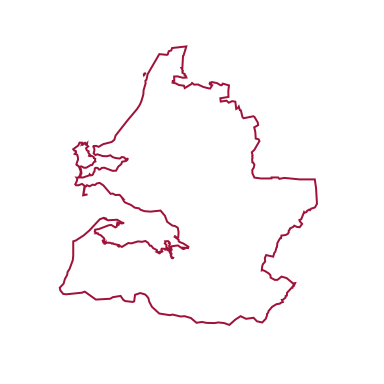 the district of Tralee Lea-7, Kerry, Ireland, rotated 18°
{"feature_id": "5873133B69138340953371", "entity_name": "Tralee Lea-7", "entity_type": "district", "adm_level": 2, "iso_a3": "IRL", "parent_name": "Ireland", "parent_adm1": "Kerry", "projection": "albers", "projection_center": [-9.78, 52.294], "detail": "fine", "context": "isolated", "style": "outline", "palette": "rose", "viewbox_px": 384, "rotation_deg": 18, "n_neighbors": 0, "source": "geoboundaries", "source_scale": "gbopen_adm2", "svg_char_len": 5965}
<svg xmlns="http://www.w3.org/2000/svg" viewBox="0 0 384 384"><g transform="rotate(18 192 192)"><path d="M118.3,71.0L113.4,93.7L114.0,99.3L113.3,100.5L114.3,103.1L114.5,110.1L115.6,114.4L115.8,121.6L115.4,125.2L114.1,130.1L108.5,143.9L101.9,161.9L102.0,166.4L100.1,169.3L92.8,173.9L89.2,177.9L86.6,177.8L84.3,178.6L84.1,179.4L85.5,180.6L86.3,182.4L86.5,185.6L88.7,186.7L90.4,185.4L95.9,185.4L100.1,184.3L103.0,182.3L105.8,183.3L108.8,183.3L113.0,182.5L114.4,180.4L117.0,180.1L118.7,181.3L120.1,180.3L121.4,180.6L120.4,180.8L120.6,181.4L119.6,182.9L116.2,184.8L116.1,187.4L114.0,190.7L113.2,195.2L109.9,196.4L101.0,196.0L98.7,197.0L97.7,198.8L96.8,199.4L94.8,198.3L93.0,198.7L92.3,199.5L92.9,202.6L92.4,203.7L92.4,205.9L91.8,206.8L90.6,207.5L89.2,206.8L89.2,207.9L83.9,211.9L80.3,213.0L81.2,211.5L80.8,210.0L81.1,208.5L79.2,204.5L77.1,202.7L79.0,201.8L81.9,202.3L83.9,201.6L87.4,197.7L88.6,197.3L89.4,193.9L90.7,192.8L89.9,191.8L89.7,190.3L88.2,190.1L87.6,189.0L84.4,188.6L84.0,189.4L82.9,189.4L83.1,187.9L81.2,186.6L81.1,185.2L79.1,184.9L77.7,183.1L79.2,180.7L77.5,179.8L77.2,178.2L76.8,179.2L75.9,178.6L75.9,179.5L74.5,178.8L73.4,181.0L72.8,181.0L72.6,180.2L72.4,180.5L72.3,179.1L69.8,179.8L69.5,182.9L65.8,188.0L67.1,188.9L68.9,189.0L69.5,190.3L68.7,192.0L71.3,192.0L72.9,194.5L73.6,196.5L73.4,200.6L73.9,201.5L73.2,202.4L74.3,201.7L76.7,202.9L79.8,206.7L80.3,209.0L80.2,211.6L78.8,214.0L77.9,214.1L78.8,214.8L79.1,217.2L78.6,220.8L79.7,221.4L81.9,220.7L84.9,218.3L87.9,219.3L89.5,228.8L93.4,226.6L90.6,227.9L89.4,227.0L88.5,219.9L89.5,219.4L90.0,218.0L92.7,218.3L95.3,215.7L97.5,215.4L98.9,213.2L101.4,211.9L105.7,213.1L115.1,218.9L117.1,218.0L120.1,218.5L124.0,217.1L127.7,219.2L127.3,219.2L130.3,222.0L131.9,222.7L138.2,223.2L142.3,224.6L146.6,223.9L148.5,224.8L152.8,224.9L158.6,223.5L167.8,219.4L173.6,223.0L177.6,228.0L183.6,230.0L186.2,229.6L189.5,230.4L191.6,234.2L192.9,239.3L192.5,240.4L189.5,239.3L189.3,240.0L194.0,241.5L194.4,242.7L195.5,243.4L199.5,243.6L205.5,245.2L205.6,246.5L200.5,247.8L201.9,248.6L201.2,249.0L195.1,247.2L189.4,249.9L189.5,251.7L190.5,253.3L189.8,255.4L191.7,257.1L191.6,258.9L192.9,260.2L194.4,260.4L194.2,260.9L193.2,261.1L191.4,259.1L191.0,257.4L189.5,256.4L188.7,253.1L187.9,253.7L188.0,255.0L184.6,254.4L184.2,255.1L183.4,254.5L180.7,255.3L180.6,256.0L181.7,257.2L179.2,259.4L180.7,259.1L179.6,260.1L180.4,259.8L180.0,260.5L180.5,260.7L179.1,260.3L178.8,259.7L178.3,260.1L177.3,259.9L177.8,259.6L177.3,259.6L176.6,258.1L172.4,257.4L169.9,255.7L168.6,256.1L165.9,253.9L162.8,253.0L159.9,254.8L155.9,255.7L150.2,259.6L147.2,260.2L142.3,265.9L139.5,265.5L139.3,266.5L138.2,266.1L138.6,265.1L133.6,265.6L132.6,265.2L131.9,265.9L130.3,265.5L126.7,266.5L125.8,267.3L125.6,266.8L125.3,268.1L124.6,268.2L123.4,267.1L122.4,267.6L123.5,266.4L122.9,266.3L121.4,265.5L123.5,266.0L123.5,264.4L122.5,263.1L118.6,261.3L115.8,261.1L115.3,260.4L113.3,261.0L113.6,260.4L111.8,259.9L111.5,257.8L114.9,256.0L123.2,249.3L125.6,248.3L129.9,249.4L131.1,248.3L130.7,245.8L133.2,246.2L130.7,245.1L130.5,244.1L132.3,244.3L133.7,243.3L134.5,243.8L137.0,242.5L134.8,242.7L129.4,241.5L120.7,244.9L118.1,244.5L118.9,244.1L118.5,243.8L116.1,243.8L112.8,246.3L106.4,260.1L102.5,266.6L96.6,273.9L94.3,275.6L98.8,289.5L99.7,293.8L99.3,303.3L98.4,306.4L98.9,309.4L98.0,314.1L98.2,318.9L95.8,323.9L97.2,326.3L101.0,328.7L103.9,328.2L118.4,321.8L120.8,319.9L133.8,324.0L147.2,318.8L149.2,316.5L156.2,312.9L159.8,315.7L162.0,316.4L169.5,314.9L170.8,313.9L169.6,307.4L174.0,304.1L178.8,303.9L181.1,304.9L183.3,306.4L185.3,309.6L189.4,313.6L198.4,317.7L209.0,316.0L211.3,314.6L219.7,313.9L223.3,312.4L229.9,312.2L236.7,315.0L241.7,312.5L246.2,312.0L253.9,309.7L257.4,307.9L263.2,306.7L268.6,306.9L272.6,300.0L276.6,295.1L282.6,295.9L289.4,292.6L293.7,294.9L299.1,294.4L301.3,289.9L301.5,286.0L301.0,284.9L301.7,283.3L301.6,281.6L303.7,276.4L307.0,272.6L310.1,271.0L310.7,269.9L312.4,268.6L310.9,266.8L311.7,266.5L313.6,263.5L313.2,262.0L314.2,261.2L313.5,258.5L316.6,251.8L317.1,251.9L317.2,249.6L317.9,249.7L318.2,246.8L316.3,247.7L308.5,244.6L303.3,244.8L300.4,249.2L297.9,250.0L293.2,249.1L292.4,247.0L290.4,245.8L286.1,244.7L283.5,244.4L282.6,245.0L281.7,240.8L281.8,238.5L283.1,235.6L281.7,232.3L282.0,229.1L289.2,228.4L289.1,224.4L289.7,223.1L289.5,218.8L289.8,218.2L289.0,214.3L289.6,210.7L290.3,208.4L290.9,208.3L290.5,205.8L294.3,204.0L296.0,202.3L296.5,200.3L295.9,198.9L296.6,197.6L296.4,196.5L299.0,193.9L299.7,192.4L302.8,192.8L305.3,192.2L306.6,188.3L303.5,186.5L302.8,185.4L304.3,184.2L304.8,176.5L305.5,177.0L307.1,175.6L307.3,174.3L308.9,172.5L309.8,172.8L310.5,171.0L313.7,168.7L314.5,164.6L308.8,150.0L304.9,142.1L290.3,146.8L275.3,150.1L271.1,152.5L269.4,151.6L263.2,153.6L263.4,154.5L261.4,155.2L253.1,157.9L246.9,159.0L243.7,155.6L242.5,152.3L243.2,150.0L242.9,146.7L241.1,145.1L240.3,145.2L238.9,141.8L239.1,140.8L238.1,139.3L238.4,138.6L236.6,135.7L238.3,132.6L240.4,122.7L239.1,121.3L236.1,121.5L233.6,115.2L231.2,111.3L234.2,108.0L233.1,105.6L228.2,101.3L227.0,101.0L218.3,105.9L216.8,105.1L213.2,99.2L212.2,99.3L210.1,96.3L209.7,97.8L208.4,99.3L205.3,92.7L202.1,93.2L199.4,95.7L196.6,94.5L191.4,97.1L190.0,94.1L197.3,90.3L195.4,85.0L194.2,79.2L187.8,79.4L187.2,81.3L185.9,81.6L182.3,80.7L177.0,81.3L176.8,82.2L175.4,82.3L175.2,83.3L175.7,84.1L178.2,84.2L177.3,88.0L176.6,88.2L170.3,88.6L164.6,87.9L160.8,89.2L158.4,88.3L158.0,89.6L153.0,95.4L151.5,93.4L146.5,94.3L143.0,93.7L139.7,94.0L139.4,92.3L140.8,91.8L139.3,87.7L142.6,86.5L147.9,86.2L151.3,84.9L150.0,83.3L148.9,83.3L148.6,82.0L146.2,81.7L145.5,80.1L145.9,79.6L143.8,77.5L144.6,77.4L141.4,65.3L141.8,64.7L141.6,55.3L128.6,61.2L128.5,63.8L126.4,65.3L126.4,68.7L125.8,69.3L118.3,71.0ZM186.3,253.0L188.3,252.3L187.7,250.8L186.8,250.4L187.1,248.4L186.6,247.4L185.8,247.6L185.8,246.7L184.4,246.1L181.7,247.2L182.3,248.0L182.0,249.3L184.1,250.3L184.7,252.5L186.3,253.0ZM111.2,93.1L110.1,94.1L109.9,95.4L110.2,95.8L111.2,93.1Z" fill="none" stroke="#9f1239" stroke-width="2"/></g></svg>